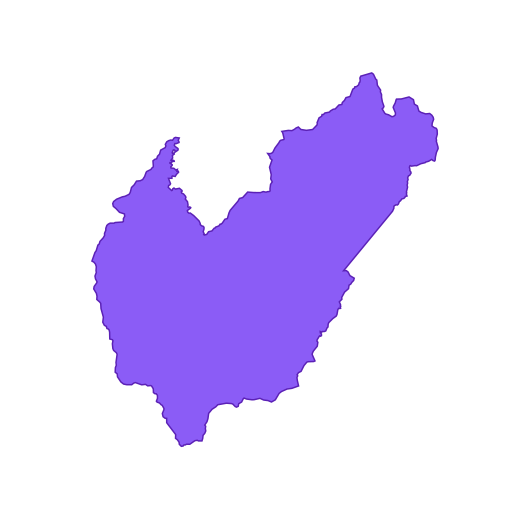 outline of Utcubamba, Amazonas, Peru, rotated 10°
{"feature_id": "86281439B73315101481334", "entity_name": "Utcubamba", "entity_type": "district", "adm_level": 2, "iso_a3": "PER", "parent_name": "Peru", "parent_adm1": "Amazonas", "projection": "robinson", "projection_center": [-78.316, -5.759], "detail": "fine", "context": "isolated", "style": "filled", "palette": "violet", "viewbox_px": 512, "rotation_deg": 10, "n_neighbors": 0, "source": "geoboundaries", "source_scale": "gbopen_adm2", "svg_char_len": 6102}
<svg xmlns="http://www.w3.org/2000/svg" viewBox="0 0 512 512"><g transform="rotate(10 256 256)"><path d="M159.9,153.1L156.1,153.2L154.9,154.0L153.7,156.5L151.9,156.6L149.9,157.6L148.3,159.0L147.3,161.8L148.1,163.3L147.8,165.0L143.7,168.3L143.3,172.5L141.7,174.8L141.3,177.5L139.5,178.4L138.0,180.2L139.3,185.4L139.1,186.5L138.2,187.4L137.5,189.0L133.8,191.7L133.3,192.6L132.5,197.1L131.1,200.4L128.9,202.0L125.3,203.0L123.7,207.0L121.5,210.1L121.1,215.2L120.3,217.3L116.7,219.9L114.0,221.0L108.8,224.3L106.3,227.1L105.8,229.3L106.9,231.9L109.9,233.6L114.0,236.7L119.1,237.4L119.8,239.7L118.9,242.2L119.4,244.9L118.7,245.7L111.4,247.5L110.5,248.3L106.6,249.0L104.9,250.3L103.8,251.8L103.3,254.7L103.6,256.8L102.9,260.0L103.3,262.1L102.4,264.6L99.8,268.7L99.5,271.4L98.4,272.7L97.7,278.6L96.8,280.5L95.3,289.5L97.4,290.2L99.3,291.8L100.6,294.3L101.0,298.3L101.6,299.9L100.9,303.7L101.9,306.4L103.8,308.8L103.9,309.9L101.9,314.1L101.9,316.6L105.3,320.5L106.4,323.2L106.8,326.5L110.0,328.4L111.3,329.6L112.5,334.7L116.3,342.7L116.6,347.8L118.7,350.6L120.8,351.3L121.8,353.3L123.1,353.5L124.3,354.5L125.1,356.6L126.4,363.1L129.1,363.4L129.8,364.2L129.8,367.4L131.1,372.0L132.2,373.7L135.3,375.5L136.3,377.0L136.6,385.1L137.4,387.9L136.9,390.3L137.5,394.9L139.8,396.2L140.6,399.1L144.8,403.5L147.8,405.1L150.9,405.2L156.0,404.3L157.6,402.5L159.1,401.6L165.8,402.7L169.5,401.6L171.9,402.7L174.7,401.9L175.7,402.1L177.9,404.6L178.7,408.3L180.4,409.2L181.7,409.0L183.1,410.3L183.7,413.2L183.1,416.3L184.0,417.1L186.5,417.5L188.3,418.9L189.6,419.4L191.8,422.1L192.0,423.4L191.1,427.4L192.4,430.4L194.7,431.6L196.2,431.4L197.0,435.7L207.9,445.8L208.4,449.5L210.6,450.7L212.6,452.8L213.2,454.8L215.5,456.4L217.2,455.8L217.9,454.6L219.2,454.3L220.3,453.4L223.5,452.9L227.9,448.5L230.1,447.7L231.4,448.1L234.9,447.5L235.2,445.0L235.0,441.8L236.3,439.6L236.9,437.0L236.1,434.8L236.0,432.4L234.9,431.4L236.5,427.7L236.9,424.6L236.7,419.2L239.3,414.6L242.6,411.5L244.2,409.1L252.4,406.1L257.4,405.6L258.8,405.8L261.7,407.9L263.1,408.2L264.6,407.1L264.6,404.5L267.2,402.3L268.2,398.9L268.9,398.0L271.5,398.5L276.9,398.3L278.9,397.9L284.6,395.5L288.6,396.5L293.0,396.3L296.6,397.1L300.0,394.3L302.6,387.3L304.7,385.0L309.7,381.6L314.3,380.1L320.5,376.6L318.3,371.4L317.4,368.5L317.9,366.8L317.1,365.8L318.1,363.5L320.4,361.8L322.3,355.5L324.5,351.7L325.5,351.1L331.2,349.9L332.3,349.1L328.4,343.2L328.4,342.0L329.0,339.7L332.0,334.2L331.9,330.2L330.8,329.2L330.8,327.8L332.3,324.0L332.6,323.6L333.5,323.8L334.3,323.1L334.0,321.4L332.7,320.5L332.4,319.2L333.9,319.6L334.5,318.9L336.4,318.5L337.7,317.7L338.4,314.6L339.2,313.4L338.9,310.6L339.2,309.0L342.5,304.3L345.4,301.3L345.9,299.6L345.9,294.6L346.5,293.2L347.7,293.2L348.4,292.8L347.8,291.4L348.2,290.7L347.7,290.1L347.7,289.2L346.0,286.7L348.1,283.7L347.6,281.9L349.5,276.2L352.8,272.1L352.7,268.6L354.2,267.2L354.9,265.4L356.4,263.2L356.6,260.8L351.9,259.0L349.4,255.7L347.4,254.7L344.8,255.3L382.7,188.2L383.5,185.0L383.2,183.5L383.5,182.5L385.0,181.3L386.4,181.2L387.2,180.1L387.7,177.5L388.7,176.6L389.7,174.5L391.6,173.6L392.5,172.4L392.7,171.4L394.3,170.7L393.3,168.7L393.5,167.6L393.0,166.9L393.3,161.8L392.5,159.9L392.7,157.9L392.1,156.5L392.5,154.3L391.8,152.7L392.2,150.6L393.3,149.9L394.3,147.5L394.0,146.5L392.6,145.0L392.5,143.8L391.7,142.2L391.8,140.7L392.2,140.2L393.5,140.5L396.8,139.4L398.5,139.2L402.3,136.5L406.4,134.7L406.9,134.0L409.6,132.7L412.2,130.4L413.8,131.3L415.4,131.5L415.8,130.4L415.5,127.6L415.7,122.7L416.7,118.7L416.3,117.1L413.6,111.6L413.7,110.7L413.0,108.9L413.4,104.5L412.5,100.5L411.4,99.0L408.9,98.5L406.7,97.3L406.5,94.4L407.2,90.5L406.4,88.6L404.7,86.8L402.3,85.5L398.4,86.6L393.5,85.9L391.2,84.9L388.9,80.2L385.6,78.9L383.9,74.7L379.1,72.8L371.9,76.1L367.1,77.1L366.9,77.6L366.5,81.2L365.4,84.6L365.3,85.9L368.5,90.9L368.7,92.8L368.2,93.6L366.9,94.8L365.6,95.2L362.0,93.9L359.0,93.6L358.0,93.0L354.7,89.2L355.7,87.9L356.0,86.4L353.7,82.3L352.1,78.0L351.6,75.2L350.0,72.8L349.9,71.0L345.9,66.8L344.4,61.7L343.2,61.0L340.1,56.6L338.2,55.6L327.9,60.7L327.4,62.7L328.1,64.9L328.1,66.7L327.6,67.3L327.3,69.7L325.6,71.7L323.9,72.3L323.8,73.6L322.4,74.8L320.9,82.6L317.1,84.4L316.1,87.4L314.4,89.8L314.2,91.9L311.4,92.9L308.5,97.4L306.5,98.1L304.0,100.3L303.4,101.5L299.0,103.2L297.8,105.0L296.5,105.2L296.4,107.0L294.1,109.0L293.0,114.1L293.4,115.0L293.3,116.4L289.8,121.6L283.8,123.5L278.2,123.6L275.3,121.6L273.2,123.0L271.9,124.5L269.6,126.3L266.0,126.7L259.8,128.8L260.9,130.0L263.4,135.8L263.1,136.5L260.2,137.8L259.3,138.9L259.1,140.0L255.9,146.4L254.6,150.8L253.5,152.1L251.9,152.8L249.7,153.0L252.5,155.8L252.7,156.9L253.3,157.6L255.1,158.7L253.9,166.2L256.9,173.3L257.1,177.5L259.1,180.2L257.9,182.9L258.1,187.4L258.6,189.4L257.9,190.2L256.2,190.6L254.8,191.4L251.9,191.3L249.4,192.8L242.9,193.9L236.7,194.5L232.7,200.8L229.7,202.2L228.8,205.0L222.6,215.6L221.9,218.3L221.3,224.1L219.0,225.2L217.0,229.6L215.8,230.9L215.2,230.8L214.2,232.8L211.2,234.6L210.8,235.6L210.0,235.9L208.2,239.0L205.1,240.3L203.7,243.3L201.6,244.3L200.8,244.0L201.1,243.1L199.8,241.3L200.1,238.4L199.8,236.8L199.1,236.0L197.2,235.7L195.6,234.7L195.4,233.6L193.8,231.3L187.6,227.0L183.8,225.1L182.6,225.5L181.1,224.7L180.5,223.1L183.2,220.3L183.3,219.6L182.3,219.2L180.9,219.7L180.2,219.3L180.2,217.5L179.1,214.4L176.5,212.2L176.8,210.6L176.3,209.5L173.9,207.5L171.8,206.9L171.3,205.7L172.0,204.9L171.7,204.3L168.8,202.6L165.0,204.1L163.4,203.3L162.4,204.2L162.1,205.8L161.6,206.2L157.7,203.7L157.7,201.7L158.8,201.0L159.3,199.7L156.3,194.7L159.7,194.1L159.4,192.4L159.7,191.7L162.6,191.7L163.5,189.4L165.2,187.0L164.8,186.0L163.4,186.4L163.5,184.4L162.1,185.2L159.9,183.9L157.0,184.1L156.6,183.0L157.7,181.3L157.6,180.6L155.0,179.4L155.1,178.9L156.4,178.8L157.3,177.4L159.0,177.0L158.7,176.3L157.5,176.1L156.3,176.9L155.6,176.5L156.9,174.0L156.2,171.5L157.8,169.8L157.3,168.8L155.9,169.4L155.5,168.5L156.2,165.9L157.0,165.7L157.9,166.2L158.2,167.8L160.7,165.4L160.8,164.4L160.5,163.7L157.2,162.1L156.3,161.1L156.6,159.3L157.9,159.2L160.5,157.6L160.3,156.8L159.3,155.6L159.9,153.1Z" fill="#8b5cf6" stroke="#5b21b6" stroke-width="1.5"/></g></svg>